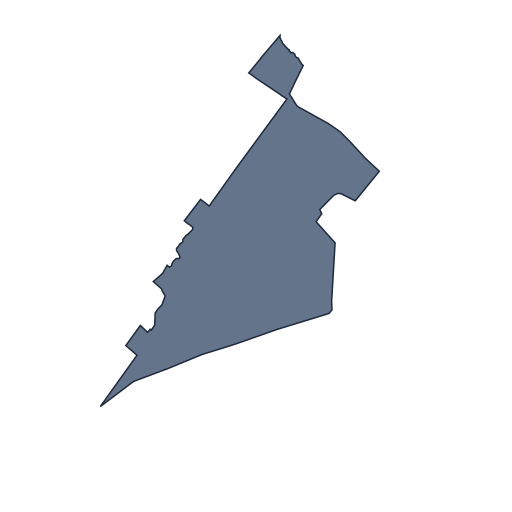 Santa María Coyotepec, Oaxaca, Mexico, rotated 118°
{"feature_id": "50627088B52914360802824", "entity_name": "Santa María Coyotepec", "entity_type": "district", "adm_level": 2, "iso_a3": "MEX", "parent_name": "Mexico", "parent_adm1": "Oaxaca", "projection": "mercator", "projection_center": [-96.717, 16.972], "detail": "fine", "context": "isolated", "style": "filled", "palette": "slate", "viewbox_px": 512, "rotation_deg": 118, "n_neighbors": 0, "source": "geoboundaries", "source_scale": "gbopen_adm2", "svg_char_len": 2262}
<svg xmlns="http://www.w3.org/2000/svg" viewBox="0 0 512 512"><g transform="rotate(118 256 256)"><path d="M99.0,339.7L100.5,325.2L102.0,310.6L102.3,309.1L102.4,308.3L102.4,307.7L102.4,306.8L102.9,302.4L109.3,303.3L135.9,307.2L185.4,314.4L198.3,316.1L220.9,319.1L233.6,320.7L233.9,320.8L233.8,321.0L233.5,322.8L232.7,327.1L232.0,331.5L236.9,332.3L241.1,333.0L249.1,334.3L258.5,335.9L259.4,331.6L259.5,330.5L259.6,328.9L259.7,328.5L260.4,325.2L261.1,324.9L261.8,324.5L262.0,324.4L263.9,324.8L264.3,324.9L265.6,325.4L267.9,326.1L269.3,326.5L269.5,326.5L270.0,327.1L270.2,327.3L270.8,327.4L272.6,327.8L274.0,328.0L275.7,328.3L277.2,327.6L278.5,327.4L280.9,328.8L284.2,329.1L286.1,329.7L287.5,329.4L287.8,329.1L288.3,328.8L289.0,327.9L289.3,327.2L290.0,325.9L291.3,324.1L292.8,322.6L293.5,322.4L294.4,322.8L294.8,323.6L295.3,324.7L295.9,325.3L296.6,325.6L297.1,325.8L297.3,325.8L299.6,326.5L301.6,326.6L302.7,326.4L304.0,325.9L304.7,326.1L306.5,327.4L305.9,330.1L315.1,330.3L326.8,334.7L329.4,323.8L331.0,322.4L333.8,317.5L343.2,316.1L348.2,317.6L353.6,318.3L364.6,313.0L370.6,313.6L370.3,315.0L374.3,315.8L371.6,325.5L396.2,328.9L399.5,314.5L462.0,322.8L424.2,305.2L396.2,280.5L368.4,257.5L343.9,233.3L311.0,203.0L272.5,164.6L267.9,163.6L263.0,166.5L260.2,168.1L207.3,192.3L204.1,201.1L197.5,219.0L187.8,217.8L185.0,221.5L165.8,215.8L162.5,213.3L161.1,210.3L160.7,194.3L123.3,186.9L118.2,205.9L111.7,224.3L106.9,239.6L105.1,254.0L104.5,287.9L104.1,290.6L97.2,302.6L87.1,303.0L86.6,303.1L73.1,303.5L68.6,303.6L65.8,303.7L65.6,303.7L65.4,304.5L65.4,305.2L65.2,305.8L64.5,306.4L64.3,306.9L64.1,307.6L63.7,308.1L63.4,308.7L63.1,309.3L62.7,309.9L62.2,310.5L61.7,311.1L61.4,311.8L61.6,312.5L61.8,313.2L61.5,313.9L61.3,314.5L61.1,315.1L60.4,315.6L60.0,316.2L59.5,316.7L59.4,317.4L59.3,318.1L59.1,318.7L59.2,319.4L60.2,320.3L59.9,320.9L59.6,321.5L59.5,322.2L59.5,322.9L58.5,323.2L58.3,323.9L58.3,324.6L58.2,325.3L58.0,325.9L57.8,326.5L57.5,327.2L57.3,327.9L57.2,328.6L56.8,329.1L56.8,329.7L56.3,330.3L56.2,331.0L56.0,331.7L55.8,332.1L55.4,332.7L55.0,333.4L54.2,333.9L54.0,334.6L53.8,335.2L53.2,335.7L52.7,336.2L52.3,336.9L51.9,337.4L50.0,338.3L51.2,338.6L78.6,344.6L79.5,344.6L96.1,348.0L97.7,348.4L99.0,339.7Z" fill="#64748b" stroke="#1e293b" stroke-width="1.5"/></g></svg>